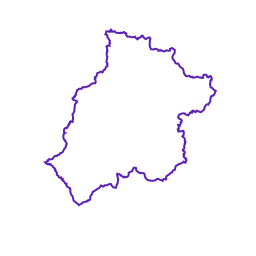 Nyaruguru, Southern, Rwanda, rotated 120°
{"feature_id": "39286606B69204186902764", "entity_name": "Nyaruguru", "entity_type": "district", "adm_level": 2, "iso_a3": "RWA", "parent_name": "Rwanda", "parent_adm1": "Southern", "projection": "mercator", "projection_center": [29.568, -2.686], "detail": "fine", "context": "isolated", "style": "outline", "palette": "violet", "viewbox_px": 256, "rotation_deg": 120, "n_neighbors": 0, "source": "geoboundaries", "source_scale": "gbopen_adm2", "svg_char_len": 5788}
<svg xmlns="http://www.w3.org/2000/svg" viewBox="0 0 256 256"><g transform="rotate(120 128 128)"><path d="M219.3,132.1L216.9,130.5L215.0,129.9L214.0,128.7L212.9,128.0L212.6,127.4L211.3,126.7L211.4,126.3L210.4,126.4L209.5,125.2L208.8,125.1L205.6,126.5L203.2,126.1L200.7,126.6L199.5,125.6L196.7,124.4L194.0,122.8L191.3,122.7L191.0,121.2L191.3,120.3L190.3,119.7L189.4,119.6L188.2,117.8L185.6,115.9L185.2,115.2L185.1,114.6L186.0,113.5L186.7,110.8L185.8,108.6L182.1,109.5L181.5,109.2L179.1,110.3L177.9,110.4L177.6,111.0L176.5,111.5L176.0,112.4L174.9,112.9L174.0,114.1L173.3,114.3L173.5,113.7L172.8,113.4L172.3,112.5L172.5,111.9L172.3,111.0L172.8,110.4L172.6,108.4L173.0,107.4L172.8,106.8L172.2,106.7L172.0,106.0L171.6,106.0L171.2,104.6L169.9,103.9L168.5,103.9L166.5,105.0L165.1,104.3L163.3,102.7L162.0,103.3L160.6,103.0L159.6,103.2L158.7,101.5L158.6,101.2L160.6,99.6L161.2,96.3L161.0,94.7L159.9,93.5L159.3,91.5L159.7,90.6L161.5,89.2L162.5,87.7L163.3,85.0L162.8,83.3L161.1,79.7L160.2,79.0L159.4,78.0L157.5,77.5L156.8,75.3L156.9,74.2L156.4,73.3L156.5,71.6L154.4,71.6L153.6,69.4L152.9,69.4L151.7,70.5L150.3,70.5L147.6,69.2L145.3,68.5L144.5,67.6L142.4,67.9L140.7,66.5L139.7,67.0L137.0,67.6L133.6,65.8L132.5,64.5L130.0,63.1L129.9,62.8L129.2,62.8L129.3,60.9L126.5,61.3L126.0,62.8L125.4,62.8L125.6,63.4L125.2,65.1L124.4,65.8L123.9,65.6L123.4,65.8L123.2,66.7L122.4,66.8L121.6,66.3L121.2,66.7L120.5,66.8L120.0,67.5L120.2,68.7L119.9,69.4L119.4,69.6L118.8,69.2L117.1,69.2L115.7,70.3L113.9,70.6L113.7,71.0L113.0,71.1L112.7,70.9L112.2,71.3L111.7,71.1L111.2,71.3L111.0,72.3L109.5,73.0L108.4,74.3L108.1,76.7L106.5,76.4L105.8,76.8L104.9,76.7L102.8,78.6L104.1,80.0L104.8,81.5L105.3,81.8L105.8,82.5L105.5,83.2L104.3,84.2L103.7,83.5L103.2,83.6L102.6,84.3L101.1,84.9L100.3,86.1L99.9,85.6L99.9,84.8L99.7,85.0L99.1,84.5L97.9,84.5L96.8,85.4L96.0,84.7L95.5,85.2L94.8,85.0L94.0,86.2L94.3,87.7L94.0,89.5L93.8,89.9L93.0,89.9L92.5,90.3L90.6,90.3L88.0,88.0L87.0,86.2L87.5,85.4L87.3,83.9L86.8,83.1L87.0,82.3L85.3,81.9L83.8,82.1L82.7,80.1L82.0,80.4L81.6,81.1L80.4,80.4L80.2,79.6L80.7,78.7L80.3,78.3L80.4,77.5L79.6,77.0L78.7,77.2L78.0,73.0L77.8,72.7L73.8,71.2L71.6,72.2L68.9,71.9L67.7,71.1L67.6,70.1L65.1,70.2L64.0,69.9L61.6,71.3L60.7,71.3L59.4,72.0L57.8,71.2L57.8,70.7L56.8,70.2L54.2,70.2L52.7,70.8L52.0,70.6L52.0,73.4L51.5,74.0L51.2,75.5L51.5,76.2L51.1,77.2L49.0,78.9L47.6,79.5L47.0,79.4L46.4,79.7L45.8,80.4L45.0,80.3L44.3,79.6L43.1,80.3L42.3,81.6L41.8,81.9L42.2,83.1L43.0,83.6L43.7,83.4L44.1,83.9L44.1,85.2L42.9,86.3L43.0,87.3L43.7,88.7L44.6,89.1L47.1,88.2L47.8,89.0L47.8,90.5L48.4,91.1L49.0,93.8L50.3,94.8L51.9,96.9L51.5,98.1L52.6,99.2L52.1,100.9L53.1,101.8L54.1,104.0L53.3,105.2L52.8,106.8L51.1,108.1L49.3,110.1L48.8,113.9L47.1,116.6L48.0,118.3L48.1,119.2L46.8,121.0L45.8,123.8L44.2,125.2L41.6,125.4L39.8,125.1L37.1,126.4L36.7,129.8L38.4,131.2L39.8,130.3L40.7,131.2L41.6,133.7L42.5,134.0L43.4,134.7L44.0,135.9L43.8,137.1L44.8,138.6L44.4,139.1L46.0,140.2L45.4,140.9L45.3,142.5L45.7,143.8L46.1,144.5L47.2,145.0L48.3,147.4L47.1,149.2L45.2,150.8L42.8,152.1L41.9,152.3L41.3,152.9L39.8,153.1L39.2,153.5L38.9,154.5L39.0,155.0L42.2,157.2L41.8,159.2L41.9,159.7L41.0,160.6L40.8,161.7L41.1,162.2L42.1,162.1L42.4,162.6L43.4,162.5L44.9,164.2L46.1,163.9L46.5,164.1L46.1,166.3L45.4,167.6L46.4,168.4L47.8,170.6L48.1,172.4L49.2,174.2L48.1,176.5L47.0,176.7L46.9,177.6L47.4,178.7L46.9,179.3L47.3,180.0L48.0,180.1L49.0,180.9L49.2,182.2L49.9,182.5L51.3,185.7L51.5,186.7L51.0,187.3L51.1,188.3L51.9,188.9L52.7,190.1L52.5,190.6L52.0,190.6L51.5,191.2L51.3,192.0L52.8,192.2L53.9,191.9L54.4,193.9L55.2,195.1L56.4,194.5L58.2,194.4L58.1,192.2L59.7,191.3L60.2,189.5L60.8,189.0L61.5,187.3L62.3,187.1L62.6,186.7L63.2,186.7L63.6,185.9L64.8,185.9L66.1,185.1L66.5,186.4L67.2,186.7L67.7,187.3L68.2,187.4L68.6,186.5L70.4,185.4L71.4,184.3L72.1,184.6L72.9,184.0L73.8,183.9L76.3,182.3L76.5,181.6L81.7,179.7L82.3,178.1L83.2,178.0L83.5,177.4L84.7,176.8L86.0,177.6L88.8,177.1L90.2,178.1L92.0,177.8L92.8,178.1L92.8,179.5L93.0,180.0L95.3,181.4L95.7,182.0L98.7,181.2L100.3,182.0L100.7,181.2L101.2,181.0L101.6,181.6L102.1,181.5L102.4,180.7L104.1,179.0L105.6,178.8L106.5,180.3L108.2,181.8L110.5,182.5L112.7,184.0L112.9,184.5L114.6,186.1L115.0,187.4L115.8,187.8L117.3,187.8L118.2,189.7L119.5,190.4L121.0,190.6L121.0,190.9L124.8,190.3L125.0,189.7L125.8,189.7L126.9,189.7L127.1,190.2L127.9,190.3L128.2,189.9L128.6,190.5L129.8,190.5L130.2,190.8L130.6,190.5L131.0,189.2L130.2,186.0L130.6,185.4L131.5,185.2L132.3,185.6L134.2,185.7L140.4,182.9L142.5,182.7L143.9,183.0L144.6,182.2L147.8,179.9L148.3,180.0L150.3,179.0L150.7,179.3L150.8,181.0L151.6,181.4L152.5,180.8L152.8,181.2L153.9,181.3L154.6,180.5L155.7,181.2L157.8,180.7L158.1,181.2L158.9,181.2L159.2,182.2L160.8,182.7L161.8,182.2L162.3,182.3L163.6,181.2L163.6,180.7L163.9,181.1L164.1,181.0L164.5,180.2L165.7,180.7L168.5,179.3L169.8,177.9L170.2,177.0L170.1,176.2L170.8,175.8L171.5,174.1L172.4,173.1L174.3,173.0L174.9,172.5L175.9,172.6L176.3,172.3L178.0,172.8L181.4,172.5L183.0,173.2L183.7,174.2L185.4,174.1L186.5,175.3L187.7,175.6L187.8,176.0L188.2,176.1L188.5,176.9L189.8,177.7L192.5,177.9L193.8,179.2L194.4,180.7L195.1,180.8L196.4,181.6L196.7,181.5L196.6,180.8L197.0,180.8L198.4,181.9L199.0,181.9L199.2,182.4L199.6,181.5L199.7,179.7L199.0,178.9L199.1,177.8L198.7,177.6L198.3,177.8L198.0,176.6L198.6,176.1L198.7,174.0L199.5,173.1L199.6,171.2L200.2,170.8L200.2,170.2L200.7,169.7L201.4,169.8L201.9,167.7L202.6,167.0L203.7,166.5L204.2,165.9L204.3,164.1L205.1,163.4L205.1,161.9L204.2,161.1L205.2,160.3L204.8,159.0L205.9,159.1L206.2,158.5L206.2,156.8L207.3,155.2L207.4,154.4L206.9,153.5L207.4,153.2L207.8,153.4L209.0,152.0L209.3,149.0L209.1,148.2L209.8,147.8L210.2,147.0L212.1,146.1L212.5,145.5L213.6,144.7L215.0,141.7L218.0,138.9L218.7,135.3L218.9,132.5L219.3,132.1Z" fill="none" stroke="#5b21b6" stroke-width="2"/></g></svg>